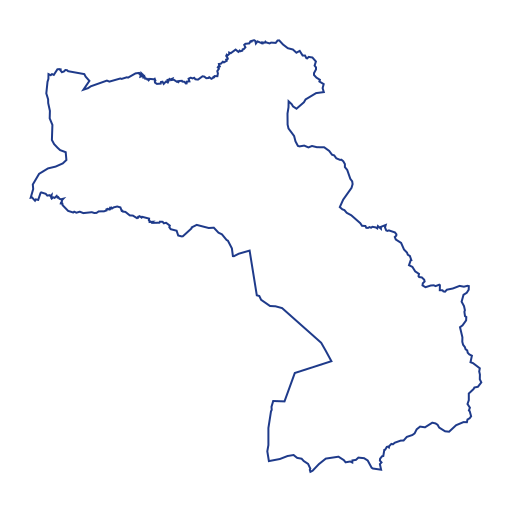 the district of Twifo Hemang Lower Denkyira, Central, Ghana
{"feature_id": "2480657B44541331554905", "entity_name": "Twifo Hemang Lower Denkyira", "entity_type": "district", "adm_level": 2, "iso_a3": "GHA", "parent_name": "Ghana", "parent_adm1": "Central", "projection": "orthographic", "projection_center": [-1.455, 5.378], "detail": "fine", "context": "isolated", "style": "outline", "palette": "blue", "viewbox_px": 512, "rotation_deg": 0, "n_neighbors": 0, "source": "geoboundaries", "source_scale": "gbopen_adm2", "svg_char_len": 5876}
<svg xmlns="http://www.w3.org/2000/svg" viewBox="0 0 512 512"><path d="M268.9,461.1L279.9,459.0L287.6,456.0L293.5,455.0L297.2,457.9L301.6,458.7L303.7,461.0L308.1,463.9L310.3,468.6L309.8,469.8L310.4,471.8L312.6,470.7L318.9,464.1L325.8,458.6L338.5,456.7L343.8,460.1L345.6,462.3L350.2,461.5L352.3,462.5L352.4,460.4L355.9,459.9L358.4,457.6L364.1,458.2L367.7,460.5L371.6,467.7L372.8,468.5L381.1,469.7L379.9,464.1L381.5,462.4L379.9,460.6L380.1,458.7L382.0,456.3L383.3,456.0L384.3,449.9L385.2,449.7L386.8,446.9L388.0,446.6L388.9,447.4L389.2,446.1L391.4,443.9L392.9,444.3L394.8,442.7L400.7,440.6L403.6,440.5L406.8,436.9L412.4,435.0L414.6,433.4L416.7,429.3L420.1,426.6L425.0,427.3L432.3,422.7L435.5,423.4L437.6,424.8L439.2,427.6L445.1,431.3L449.1,431.7L456.1,425.2L463.5,422.1L466.9,422.2L467.5,419.5L469.6,418.3L471.1,416.3L469.7,411.2L468.9,410.5L469.9,407.7L467.5,404.0L468.8,400.2L468.8,393.5L473.6,389.0L474.4,387.5L477.9,386.8L481.3,382.4L479.8,379.3L479.9,374.5L479.2,371.5L479.8,368.3L473.1,363.2L470.5,362.2L471.9,355.7L469.3,354.4L467.7,352.7L467.2,350.4L465.6,349.3L464.8,347.0L463.1,344.8L462.3,341.8L462.4,337.3L460.0,327.2L462.5,325.4L466.1,320.4L466.3,317.0L465.0,316.1L464.4,311.8L464.9,310.2L464.0,306.1L461.6,301.7L463.5,294.8L466.7,292.8L468.7,289.7L468.8,286.1L467.5,285.8L463.9,286.7L459.6,285.9L452.8,288.5L446.9,289.7L445.0,291.7L443.4,291.4L442.5,290.3L439.8,290.2L439.9,285.2L439.3,284.7L435.6,286.1L433.7,285.3L430.8,285.5L425.5,287.2L422.5,285.4L422.8,283.3L424.6,281.5L424.2,279.7L421.8,277.4L419.2,277.1L418.5,276.2L419.0,273.9L415.2,271.4L412.4,266.9L409.0,265.2L410.7,260.2L411.3,260.1L409.9,256.0L407.8,254.7L407.0,252.6L404.0,249.5L401.1,242.9L395.8,239.5L394.8,237.0L396.3,235.6L396.4,234.3L394.9,232.4L388.9,230.4L387.5,230.9L386.2,230.4L385.0,227.4L385.7,225.0L380.8,226.9L380.9,228.7L377.9,226.1L377.3,228.4L375.7,227.4L372.4,226.8L371.1,227.7L369.5,227.1L368.0,227.9L366.3,227.8L365.4,226.0L362.0,225.8L360.3,223.2L351.3,215.3L346.7,212.8L344.4,210.1L342.3,209.3L339.8,207.1L343.2,199.6L351.5,187.9L352.6,184.1L352.2,181.4L350.3,178.8L347.2,169.9L344.9,167.1L344.9,164.1L343.3,161.3L341.4,159.7L340.1,159.9L336.3,158.3L334.2,155.4L332.0,154.7L329.2,150.9L324.2,147.3L316.9,147.2L312.0,146.0L308.4,147.4L304.2,145.6L299.5,146.4L297.9,145.9L295.5,141.4L294.1,136.0L288.5,128.5L287.6,124.6L287.5,113.5L288.5,107.3L288.6,101.3L291.7,104.2L293.0,106.4L296.5,108.7L303.9,102.3L305.6,99.4L316.1,93.1L323.8,92.1L322.6,88.1L323.7,84.1L319.4,81.5L319.9,79.8L316.4,77.6L314.0,75.0L314.0,73.1L316.0,69.4L316.0,67.4L314.6,65.6L315.9,61.5L312.4,57.5L308.7,56.9L307.2,58.4L306.4,58.2L305.0,55.5L302.6,55.5L299.7,50.9L296.4,52.7L292.9,49.5L287.8,48.2L283.0,44.5L279.2,40.4L277.6,40.5L275.7,42.9L271.1,42.6L269.6,43.4L266.1,42.4L265.4,41.7L264.8,42.7L263.1,42.5L262.8,43.4L262.1,43.4L261.7,42.6L261.3,43.0L257.5,41.4L255.9,43.5L255.3,40.9L254.1,40.2L251.0,41.1L251.3,41.6L250.0,42.0L249.3,43.4L245.4,43.8L244.2,44.9L245.4,47.3L243.8,49.1L242.7,49.3L242.3,50.7L240.2,51.3L239.6,50.6L238.4,51.9L235.6,49.6L230.9,53.1L229.2,52.6L229.4,53.8L227.3,55.7L226.7,54.9L226.2,55.9L227.8,58.4L227.6,59.1L226.2,59.6L226.7,60.8L223.9,62.4L222.9,61.7L220.9,63.7L218.9,64.0L219.2,65.4L218.7,66.1L219.5,65.9L219.8,66.5L218.1,67.6L218.9,68.8L217.3,71.1L217.9,73.4L217.4,76.2L214.6,76.1L214.2,77.2L213.4,77.0L212.9,78.0L211.4,78.8L209.2,77.2L208.5,78.0L206.3,78.2L204.3,76.6L202.5,76.3L198.0,79.6L195.4,79.3L194.2,77.8L192.6,78.4L190.7,77.7L188.6,78.7L189.4,81.4L186.8,81.6L186.6,83.4L185.9,83.5L184.4,81.8L182.4,81.6L181.9,80.8L179.1,81.0L178.5,82.0L177.8,81.3L177.1,81.9L173.7,79.7L171.7,80.0L172.3,78.7L170.3,79.5L169.5,79.0L168.7,80.7L168.4,79.8L167.5,79.9L167.4,82.3L166.0,81.5L163.7,83.9L162.5,81.7L161.0,82.0L160.7,83.6L156.9,83.9L155.0,82.6L154.8,81.1L155.4,80.6L154.7,78.8L154.0,79.3L149.8,78.9L148.7,80.2L148.1,79.1L147.3,79.5L146.6,78.6L145.2,78.7L144.7,77.1L143.9,77.4L144.0,76.4L143.3,76.8L143.4,75.3L141.9,73.8L142.3,76.0L140.4,76.7L140.7,75.1L139.3,73.8L140.5,73.5L139.1,72.9L135.5,73.4L128.1,77.6L126.8,77.3L121.6,78.9L120.3,78.5L109.4,81.6L106.9,80.6L90.8,86.3L88.0,88.2L83.4,89.7L89.4,80.9L85.6,76.6L84.3,74.1L68.1,71.2L67.0,70.2L65.4,70.0L63.9,71.5L61.9,72.2L60.3,70.2L60.6,69.4L59.4,69.1L57.4,69.3L53.8,74.9L52.0,74.1L50.7,75.2L48.5,74.1L48.4,78.9L47.5,81.8L46.3,93.4L48.1,99.3L48.2,103.1L49.9,110.9L49.7,118.4L52.4,124.9L51.9,140.0L54.1,144.1L57.5,147.7L60.1,150.1L65.7,152.2L66.4,160.0L62.8,163.4L55.6,166.6L48.0,168.4L39.1,173.8L32.8,184.5L33.2,189.0L30.7,197.7L32.0,197.4L35.0,200.7L35.8,199.4L38.2,199.9L40.5,193.1L41.2,192.4L45.7,193.8L47.3,195.6L49.5,195.2L50.4,196.1L51.6,194.9L51.2,197.8L51.7,198.6L53.1,197.3L54.6,197.9L56.7,195.9L57.5,197.5L58.2,197.1L59.5,198.8L60.9,199.3L63.3,198.7L62.0,200.1L61.8,202.3L61.1,202.5L60.8,203.5L62.4,203.7L62.6,205.2L68.1,210.9L73.2,212.5L74.2,211.7L76.4,212.7L79.8,211.7L83.3,213.1L91.8,212.2L94.3,213.0L96.5,212.9L98.7,211.4L104.1,211.3L106.6,210.4L106.4,209.4L107.6,208.8L109.0,209.5L109.9,208.1L110.3,208.9L111.3,207.7L112.0,208.5L113.6,207.4L117.2,206.5L120.4,207.4L121.7,210.9L122.4,210.7L122.9,211.6L125.4,211.9L129.8,215.4L132.9,215.6L136.9,218.1L137.5,217.5L137.6,218.6L138.1,217.3L139.6,216.2L141.6,217.6L142.1,216.8L149.1,218.6L148.9,220.4L149.6,220.7L149.6,222.0L152.3,221.8L151.5,222.4L152.0,222.9L159.4,222.7L159.9,221.7L162.6,221.8L163.8,223.3L166.1,222.8L169.8,225.6L169.3,227.2L170.7,229.2L176.6,230.7L178.2,235.5L181.6,236.4L182.8,236.3L185.6,233.8L191.5,228.4L191.7,227.4L196.7,224.9L208.7,228.0L213.8,227.7L218.5,232.7L221.9,234.3L226.6,240.0L227.9,240.7L231.9,248.4L232.9,256.1L233.9,256.2L238.8,253.7L249.6,250.6L256.8,295.3L259.3,296.0L261.1,299.8L270.0,306.0L275.5,306.3L282.1,308.1L321.2,342.8L325.7,350.7L331.4,361.2L294.8,373.0L284.5,401.4L273.2,401.0L271.5,406.8L271.7,409.9L271.0,411.3L268.4,428.0L268.4,445.1L267.3,451.3L268.9,461.1Z" fill="none" stroke="#1e3a8a" stroke-width="2"/></svg>